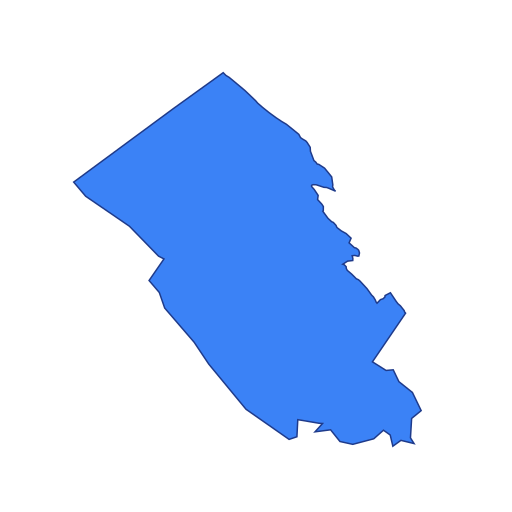 Shenandoah, Virginia, United States of America (Albers equal-area conic projection), rotated 102°
{"feature_id": "52423323B4371856905255", "entity_name": "Shenandoah", "entity_type": "district", "adm_level": 2, "iso_a3": "USA", "parent_name": "United States of America", "parent_adm1": "Virginia", "projection": "albers", "projection_center": [-78.605, 38.853], "detail": "fine", "context": "isolated", "style": "filled", "palette": "blue", "viewbox_px": 512, "rotation_deg": 102, "n_neighbors": 0, "source": "geoboundaries", "source_scale": "gbopen_adm2", "svg_char_len": 1713}
<svg xmlns="http://www.w3.org/2000/svg" viewBox="0 0 512 512"><g transform="rotate(102 256 256)"><path d="M371.6,279.7L408.0,233.9L428.5,185.5L424.3,178.4L407.4,181.1L406.5,159.6L406.0,156.1L415.7,161.7L410.5,146.9L420.0,135.3L420.1,122.2L410.3,102.8L399.9,95.1L403.2,87.5L413.6,82.6L406.2,75.9L406.6,62.4L401.8,67.1L382.5,70.0L372.9,62.3L357.0,74.6L349.2,90.1L338.8,98.1L340.9,105.0L335.3,120.1L280.8,97.8L279.9,99.0L278.6,99.7L274.7,104.4L273.2,107.2L271.2,109.5L264.0,116.9L267.7,121.4L268.2,121.6L269.2,121.3L271.4,122.8L272.8,125.2L277.0,127.8L275.9,129.1L274.3,130.1L271.6,132.6L270.2,134.8L264.9,140.6L258.8,149.2L257.9,150.9L257.4,153.2L253.9,158.5L251.1,163.7L249.4,165.1L247.7,165.6L246.2,167.9L246.0,169.4L242.0,165.4L240.3,160.4L238.4,160.7L235.7,162.0L234.9,159.5L235.0,156.4L234.6,155.4L231.5,155.4L229.1,156.7L228.4,157.7L227.4,159.8L227.4,161.5L223.8,167.7L218.8,166.7L215.3,172.5L213.7,177.8L211.3,182.8L209.4,184.1L207.1,187.3L206.7,189.2L204.2,193.4L198.3,200.0L197.6,199.6L193.6,200.4L191.6,202.4L188.0,207.5L183.8,207.8L178.8,212.9L176.6,215.9L176.0,216.3L175.1,216.1L174.4,215.1L173.8,212.0L174.7,203.9L174.5,202.4L174.4,202.0L174.3,201.1L174.6,199.0L176.1,191.6L175.3,193.0L172.8,195.2L171.9,195.6L170.6,195.6L162.9,198.4L155.8,207.2L153.3,213.7L153.4,215.2L151.7,217.1L150.6,219.2L142.3,224.5L138.4,225.6L134.3,229.6L133.1,231.2L131.8,235.1L130.9,237.1L128.1,239.4L120.8,253.7L119.1,258.8L116.6,265.1L112.9,273.3L109.2,280.6L106.1,286.2L104.3,288.5L96.4,301.3L86.9,319.3L85.6,323.0L83.5,326.2L129.0,367.5L221.6,449.7L233.0,435.0L253.2,386.0L276.4,351.3L278.0,345.4L302.2,355.5L311.8,343.0L325.9,334.5L353.2,298.6L371.6,279.7Z" fill="#3b82f6" stroke="#1e3a8a" stroke-width="1.5"/></g></svg>